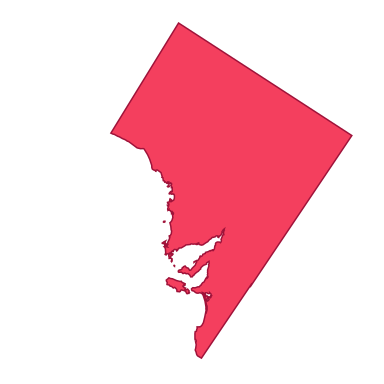 map outline of South Australia (Equal Earth projection), rotated 33°
{"feature_id": "AUS-2655", "entity_name": "South Australia", "entity_type": "State", "adm_level": 1, "iso_a3": "AUS", "parent_name": "Australia", "parent_adm1": "", "projection": "equal_earth", "projection_center": [136.572, -32.035], "detail": "fine", "context": "isolated", "style": "filled", "palette": "rose", "viewbox_px": 384, "rotation_deg": 33, "n_neighbors": 0, "source": "natural_earth", "source_scale": "10m", "svg_char_len": 6169}
<svg xmlns="http://www.w3.org/2000/svg" viewBox="0 0 384 384"><g transform="rotate(33 192 192)"><path d="M179.3,204.7L178.2,203.8L177.4,204.2L176.9,203.9L176.0,205.0L175.0,204.9L174.4,205.8L173.8,205.9L173.6,205.5L173.8,203.3L174.3,202.6L174.5,203.1L174.9,203.1L175.2,202.4L173.1,199.2L172.3,199.6L172.0,198.5L170.8,198.0L170.8,197.3L170.3,196.9L170.6,196.4L170.1,196.0L169.0,196.0L168.6,197.5L167.5,196.9L167.2,196.2L166.2,196.7L166.2,197.2L167.1,197.6L167.5,198.1L166.5,198.0L166.1,198.4L164.3,198.0L163.8,198.6L162.5,197.8L161.7,198.1L159.8,195.9L158.8,196.1L158.6,195.3L155.4,192.6L151.0,192.4L150.4,192.7L150.0,193.3L150.5,194.3L150.3,194.4L149.1,194.0L147.9,194.4L146.3,194.4L145.1,193.5L143.7,191.6L138.7,187.6L134.5,184.9L128.4,182.0L127.7,182.0L125.3,183.7L121.9,184.9L111.3,184.2L110.0,184.6L107.7,184.5L104.5,185.1L100.9,185.3L99.5,185.7L95.3,186.0L94.2,186.5L91.9,186.8L88.7,57.6L295.3,57.6L292.5,238.4L292.0,237.7L290.4,326.2L285.9,326.4L284.5,325.8L282.1,323.6L281.2,323.2L280.6,322.4L280.2,321.0L278.7,317.8L276.6,315.7L277.0,315.4L276.7,314.6L275.5,313.8L275.2,314.3L274.7,313.9L271.6,309.2L270.7,307.3L271.4,306.7L271.5,306.2L270.8,304.7L270.6,303.5L269.7,302.4L272.0,300.8L272.5,300.1L272.9,298.4L272.7,295.3L270.8,289.9L268.2,283.4L267.4,282.6L266.4,280.9L262.2,276.3L257.7,272.6L258.3,272.4L259.0,272.8L266.3,280.2L268.2,282.9L269.9,286.7L269.8,285.8L268.7,282.3L266.8,279.5L265.8,279.0L262.1,275.1L259.7,273.2L259.7,272.5L260.3,272.6L260.4,271.7L261.3,270.9L261.6,271.0L262.9,272.0L262.7,273.4L263.2,273.9L262.7,274.7L262.8,275.0L263.9,275.3L264.5,275.0L264.9,273.0L262.6,271.1L263.7,270.5L265.0,270.7L265.2,270.1L264.8,269.4L265.0,268.2L264.8,268.1L264.2,268.7L264.0,267.8L263.5,267.2L262.0,266.9L262.3,267.2L262.1,267.5L260.7,268.5L259.5,268.4L258.4,269.0L258.3,270.1L259.5,270.9L259.5,271.3L257.7,270.9L257.1,270.3L255.6,270.6L256.2,271.1L257.5,271.1L258.1,271.7L258.7,271.5L259.0,271.8L258.9,272.0L256.9,272.3L256.0,271.8L254.8,271.8L253.1,272.4L252.5,273.3L251.3,274.1L249.7,274.4L247.2,274.1L245.9,274.7L245.1,274.4L244.3,273.5L244.8,271.8L246.8,270.7L248.5,268.4L249.8,267.5L249.9,265.7L250.4,265.0L250.2,264.1L250.3,262.4L251.1,260.8L250.7,257.2L250.8,255.4L250.9,255.0L251.5,255.2L251.7,255.6L251.8,255.2L251.5,254.3L250.0,253.1L249.8,252.0L248.8,251.0L248.1,249.5L247.6,249.1L246.5,245.1L246.1,244.4L245.3,243.8L245.4,242.7L244.0,240.9L242.9,243.4L243.3,244.8L241.6,247.2L240.9,249.6L240.7,251.0L241.2,251.8L240.7,253.2L240.5,255.0L239.6,256.9L238.9,259.5L238.9,260.8L238.4,261.3L238.5,262.9L237.2,263.9L235.4,262.9L233.1,262.6L231.6,263.8L230.1,263.8L228.9,265.3L226.8,265.0L224.7,266.5L224.0,266.4L223.5,265.6L223.7,264.5L225.0,263.3L225.5,262.1L225.1,260.6L225.7,259.9L225.6,259.2L226.5,257.8L228.4,258.4L230.5,257.9L232.6,259.0L233.5,258.2L233.7,255.6L234.6,251.6L234.1,249.6L234.1,248.3L233.7,247.9L233.0,248.4L234.2,245.9L234.3,243.3L233.7,241.5L234.0,241.1L234.6,241.3L235.3,240.0L235.3,239.1L235.0,238.4L236.6,236.3L236.2,235.3L238.0,233.3L239.1,231.3L239.5,231.4L240.8,229.2L241.2,228.9L241.2,229.8L241.7,229.6L241.8,227.6L240.5,224.7L240.7,223.9L239.8,222.4L239.7,221.7L240.4,220.2L242.1,219.1L243.5,219.0L243.5,217.7L243.0,216.5L242.2,216.0L241.3,211.2L241.3,210.9L241.9,210.4L241.0,209.5L240.4,209.2L240.4,208.2L239.6,206.9L239.9,206.4L239.4,206.0L239.2,205.3L238.8,206.5L238.8,209.1L239.5,209.9L239.7,212.5L239.2,214.0L238.8,214.1L239.2,215.6L238.4,215.8L237.4,214.9L236.7,215.1L236.1,215.8L236.0,216.7L234.7,218.3L233.7,219.0L233.4,220.9L232.6,222.4L232.3,225.1L231.3,227.0L229.9,230.4L228.7,231.5L226.5,232.1L225.3,231.0L224.2,232.6L224.3,233.0L225.6,232.6L224.2,233.7L223.0,233.8L221.4,235.1L219.6,235.9L219.3,236.3L219.2,236.9L215.7,239.7L215.4,240.8L213.4,244.8L211.9,245.8L211.5,246.5L211.7,246.8L211.4,247.2L211.6,248.7L211.3,249.8L211.0,249.7L210.7,248.6L208.5,249.8L208.2,251.0L208.7,252.1L208.4,252.4L207.8,251.9L207.4,252.7L207.3,253.6L207.8,254.4L207.7,254.9L206.9,254.9L206.3,255.7L206.6,256.1L207.4,256.0L208.7,254.9L209.4,255.2L209.5,254.3L209.9,254.4L209.8,256.0L209.1,257.3L209.8,259.5L209.0,260.2L208.7,259.9L208.4,259.0L207.4,258.4L206.7,257.2L206.0,256.9L205.3,257.0L204.7,257.6L204.4,258.2L204.5,258.9L203.5,259.0L203.1,257.4L200.6,254.1L199.0,253.1L198.3,253.1L198.7,252.1L197.8,251.1L196.9,250.5L195.1,251.3L194.8,251.1L195.6,249.1L196.5,247.5L196.6,248.9L198.5,249.6L198.2,249.9L198.1,250.4L198.8,250.9L198.7,251.3L199.2,251.8L199.8,252.2L201.4,251.5L200.3,251.2L200.3,250.0L199.7,250.8L199.5,250.6L199.3,249.3L199.5,249.1L199.6,248.4L199.0,247.0L198.7,244.1L198.0,242.0L197.4,242.0L196.8,241.1L197.5,240.6L197.4,238.4L196.1,235.7L195.2,235.2L193.0,232.4L190.3,229.9L190.5,229.7L190.4,229.3L190.7,228.0L190.6,226.6L189.8,223.8L187.5,221.1L188.4,220.9L188.0,219.8L185.9,219.2L185.8,219.9L186.7,220.0L187.2,220.9L186.7,221.4L186.0,220.4L184.1,219.4L182.5,219.9L182.2,219.3L181.8,220.5L180.8,219.5L180.1,217.0L179.0,216.9L178.6,216.5L179.7,215.9L179.3,214.8L178.9,214.6L178.6,214.9L177.3,214.4L177.1,214.0L178.2,212.8L178.3,212.3L177.3,210.0L177.3,209.6L179.7,209.9L179.4,210.8L179.4,211.4L179.7,211.6L181.1,208.8L180.6,206.8L179.3,204.7ZM244.7,277.8L244.6,278.8L243.9,279.1L243.3,280.0L242.6,279.9L241.4,279.1L239.6,278.8L236.4,279.9L236.1,280.6L236.3,281.6L236.0,282.4L233.6,283.6L232.2,282.0L229.8,281.4L229.2,281.6L228.9,282.5L228.4,282.7L226.4,282.3L224.8,282.9L223.8,282.4L221.4,283.2L220.4,281.2L219.4,280.9L218.4,279.9L219.2,277.4L219.2,276.8L219.5,276.5L221.0,276.3L222.9,275.4L227.3,274.7L230.7,273.5L231.6,272.7L233.4,273.3L233.9,273.0L236.3,272.7L236.5,273.2L235.9,273.5L235.7,274.1L236.7,274.4L235.6,275.9L236.0,276.2L237.4,276.5L238.9,276.1L239.1,277.6L239.4,277.7L240.4,277.3L241.0,275.9L241.5,275.9L243.6,276.6L243.8,277.7L244.7,277.8ZM211.7,258.9L212.9,260.7L212.9,261.6L212.3,261.4L212.0,260.0L211.0,258.9L211.7,258.9ZM168.7,200.9L168.3,200.7L168.4,200.3L168.9,199.5L170.6,199.0L169.6,199.5L169.9,199.9L169.5,200.6L168.7,200.9ZM185.3,231.3L185.5,232.2L184.8,232.4L184.3,233.3L184.4,231.7L185.3,231.3ZM232.3,248.4L232.3,249.0L232.0,249.9L231.7,249.4L232.3,248.4ZM217.0,263.2L217.5,263.2L217.8,263.8L217.0,263.7L217.0,263.2Z" fill="#f43f5e" stroke="#9f1239" stroke-width="1.5"/></g></svg>